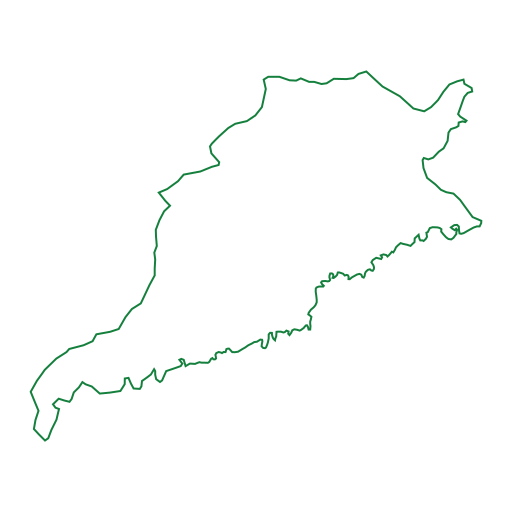 outline of Jaedae, Sinoe, Liberia
{"feature_id": "62588387B27805419534049", "entity_name": "Jaedae", "entity_type": "district", "adm_level": 2, "iso_a3": "LBR", "parent_name": "Liberia", "parent_adm1": "Sinoe", "projection": "natural_earth1", "projection_center": [-8.506, 5.086], "detail": "fine", "context": "isolated", "style": "outline", "palette": "green", "viewbox_px": 512, "rotation_deg": 0, "n_neighbors": 0, "source": "geoboundaries", "source_scale": "gbopen_adm2", "svg_char_len": 4571}
<svg xmlns="http://www.w3.org/2000/svg" viewBox="0 0 512 512"><path d="M462.1,80.0L457.2,81.3L449.4,84.5L443.4,91.8L438.0,100.1L431.1,107.1L424.2,111.3L413.4,108.5L399.9,96.3L382.5,86.5L373.8,78.5L366.3,71.5L358.5,73.9L353.6,78.1L351.7,78.4L346.4,79.1L333.8,78.8L326.6,83.3L321.5,84.0L314.3,81.9L309.2,81.9L300.8,78.4L296.2,80.6L289.6,80.3L279.4,76.8L268.2,76.8L263.7,79.6L265.8,89.0L261.9,107.1L255.3,115.5L254.2,116.2L246.9,121.1L235.2,123.8L228.3,128.0L219.0,136.4L215.2,140.2L211.8,143.7L210.0,146.4L211.4,153.4L219.2,162.2L218.6,165.0L211.9,166.8L200.3,171.5L183.7,174.6L178.0,181.2L167.1,189.1L158.8,192.6L165.2,200.7L170.0,205.7L164.1,211.3L159.5,220.1L155.8,229.8L156.0,236.3L156.8,246.0L154.3,252.6L155.2,259.5L154.7,268.5L154.7,275.4L149.4,285.2L148.7,286.7L143.0,298.8L140.8,303.4L131.9,309.0L125.5,317.1L118.7,329.0L110.1,331.8L96.4,334.3L95.6,335.7L92.6,341.2L83.7,345.2L69.2,349.0L66.5,352.1L56.3,358.6L44.7,369.9L42.2,373.5L36.9,380.8L30.7,391.8L35.0,402.4L38.5,410.8L36.7,416.3L35.5,419.9L33.9,429.0L36.7,432.0L38.8,434.3L45.0,440.5L48.2,438.3L48.5,437.6L51.4,429.9L56.5,419.6L57.7,414.4L59.0,409.0L55.5,407.7L53.0,404.3L58.7,398.7L64.3,400.5L69.5,401.8L71.6,399.0L73.8,392.4L78.9,387.4L82.4,382.1L85.6,384.3L91.8,386.5L99.7,393.5L100.4,393.5L109.9,392.6L120.4,391.0L124.7,384.2L124.8,378.5L128.5,377.9L130.9,383.5L133.6,388.5L139.8,388.9L141.4,386.4L142.0,381.0L146.8,377.6L150.9,374.5L154.1,369.2L155.2,371.1L155.2,374.8L156.2,379.2L160.0,382.0L162.1,380.4L166.2,371.1L174.5,368.3L180.7,366.1L182.3,363.6L179.4,359.8L181.3,358.9L183.7,359.8L185.6,366.1L189.9,363.6L195.0,363.9L198.0,362.7L199.4,362.2L201.7,362.7L205.1,362.7L207.9,362.8L209.2,362.0L211.2,358.7L211.8,358.5L212.4,358.1L213.4,359.3L214.9,359.4L216.0,358.5L215.8,356.5L215.4,354.9L216.3,353.1L218.7,352.0L221.4,352.7L222.0,353.1L223.6,352.0L225.5,352.1L225.8,351.3L226.4,349.1L227.5,348.7L229.0,348.6L230.5,350.2L232.2,352.1L234.8,352.2L238.1,351.7L242.5,349.0L245.0,347.6L248.4,345.2L251.9,343.5L254.2,342.1L257.0,341.7L260.3,339.6L262.1,339.8L262.4,341.3L261.9,343.9L261.6,346.3L263.1,347.9L265.0,348.2L266.0,347.5L267.2,344.6L267.9,342.3L268.7,338.5L268.7,334.4L270.1,332.8L271.9,332.9L272.0,334.9L272.8,337.6L273.6,339.0L275.0,340.3L275.4,338.4L276.2,336.4L276.4,333.5L276.5,331.8L277.7,331.7L281.0,331.7L283.5,332.5L284.9,332.0L286.4,330.6L288.6,331.5L288.2,333.7L289.5,335.1L291.2,332.8L292.3,330.3L294.3,329.3L297.2,329.8L299.7,330.6L301.2,329.8L303.8,327.9L304.7,326.7L306.1,325.3L307.0,325.3L307.9,326.8L308.6,329.5L310.2,329.5L310.5,326.0L310.2,323.9L310.2,321.5L310.8,319.7L311.4,316.8L309.8,315.4L308.3,314.4L308.7,312.8L310.9,309.7L313.8,307.2L315.5,305.1L316.7,302.3L316.7,299.7L316.2,295.1L315.7,291.7L315.8,288.6L316.5,287.5L318.7,286.6L320.0,286.5L323.3,286.5L323.8,285.8L322.0,284.1L321.1,282.4L322.1,281.2L325.2,281.0L327.9,281.4L329.3,281.0L330.1,279.9L329.4,277.3L329.5,275.6L330.2,273.5L331.9,273.4L333.1,274.4L333.4,276.1L332.6,277.8L333.6,278.0L335.5,276.6L337.1,274.9L337.8,272.5L339.0,272.4L341.3,273.1L343.2,273.8L344.7,275.5L346.7,274.9L348.0,275.4L348.6,276.7L348.5,279.1L349.7,279.2L352.0,277.3L354.0,276.2L357.0,274.5L359.5,273.9L361.3,274.7L362.3,277.0L363.7,277.6L364.6,276.0L365.0,273.5L365.8,271.8L367.8,269.9L369.9,269.3L371.3,270.5L372.7,270.8L373.9,269.0L374.0,267.2L373.3,265.1L371.4,262.3L372.2,261.0L372.7,260.1L376.2,257.8L380.4,258.8L381.2,259.0L382.1,257.3L380.8,255.4L383.5,254.4L386.4,255.1L387.5,256.5L388.9,255.2L389.4,254.7L391.9,251.7L393.3,252.4L394.9,249.8L396.0,247.3L398.0,245.3L400.6,243.1L403.1,243.9L407.2,244.8L410.5,245.9L412.3,244.1L414.5,242.1L414.7,238.4L418.6,234.8L419.4,238.6L420.3,240.4L422.6,240.4L423.6,241.0L425.9,238.8L427.0,236.8L426.4,232.7L427.8,232.1L429.8,228.1L432.6,227.2L437.5,227.4L439.7,228.0L441.4,229.2L441.2,231.6L443.2,234.1L446.0,237.2L448.4,239.0L451.3,239.4L453.5,237.8L455.1,235.6L456.3,234.1L456.3,232.5L457.1,229.8L456.2,228.7L454.8,230.2L452.3,228.7L450.9,227.4L454.3,225.1L457.1,224.9L458.8,226.5L459.0,230.2L459.5,233.4L461.2,233.8L463.7,233.1L469.1,230.0L473.7,227.5L476.9,226.4L479.6,226.4L481.2,223.1L481.3,220.8L479.4,220.0L472.6,217.1L464.2,205.6L460.1,199.9L453.5,193.6L446.3,192.2L440.9,189.8L435.5,184.5L427.1,177.9L423.5,168.1L422.6,160.1L423.8,158.0L428.3,159.4L433.1,157.7L438.8,151.7L443.6,148.3L447.6,140.9L448.5,132.6L450.9,129.1L456.0,127.4L458.4,126.0L458.7,122.5L462.6,121.4L465.3,122.1L466.5,120.7L460.2,116.6L458.1,114.1L461.1,105.7L462.9,100.5L464.4,96.7L467.7,92.9L472.2,91.5L471.6,88.0L464.4,83.8L463.5,79.6L462.1,80.0Z" fill="none" stroke="#15803d" stroke-width="2"/></svg>